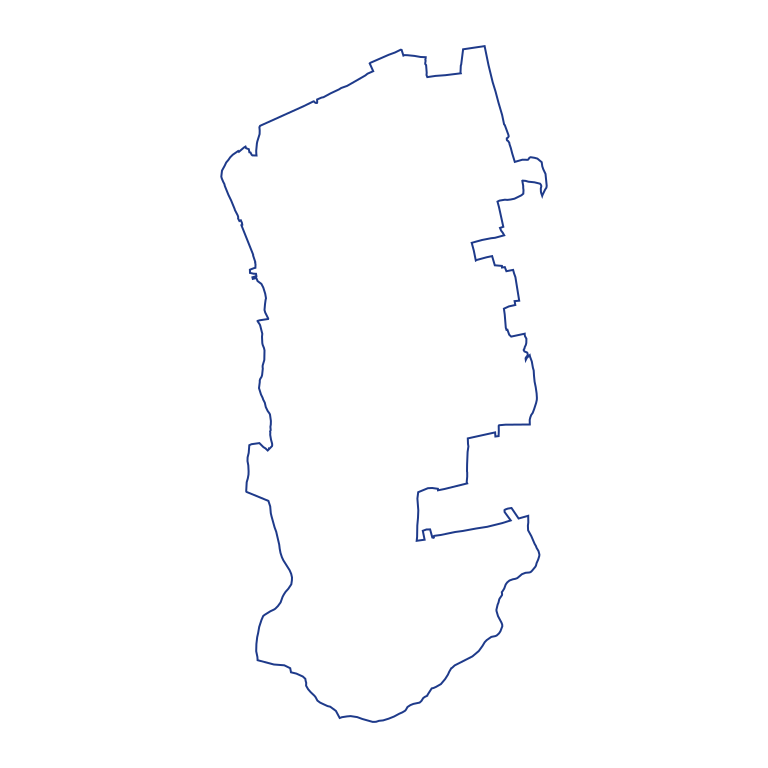 the district of Braesti, Iasi, Romania
{"feature_id": "2599482B69543465685111", "entity_name": "Braesti", "entity_type": "district", "adm_level": 2, "iso_a3": "ROU", "parent_name": "Romania", "parent_adm1": "Iasi", "projection": "orthographic", "projection_center": [27.088, 47.145], "detail": "fine", "context": "isolated", "style": "outline", "palette": "blue", "viewbox_px": 768, "rotation_deg": 0, "n_neighbors": 0, "source": "geoboundaries", "source_scale": "gbopen_adm2", "svg_char_len": 6084}
<svg xmlns="http://www.w3.org/2000/svg" viewBox="0 0 768 768"><path d="M246.5,491.9L268.4,500.9L270.2,506.4L270.8,513.2L271.5,516.2L274.6,527.4L276.2,531.7L279.2,544.6L279.7,548.7L280.5,552.9L281.9,557.2L283.4,560.4L289.6,570.2L291.2,573.9L292.0,577.5L291.9,580.3L291.3,584.3L288.3,588.8L285.6,591.8L283.9,594.4L282.6,596.8L280.6,602.4L277.9,606.1L275.3,608.7L273.9,609.6L270.5,611.2L264.7,614.8L263.2,616.0L261.5,619.9L259.2,626.9L258.1,633.2L257.2,637.1L256.4,644.0L256.2,651.2L257.4,657.0L257.6,660.2L273.9,664.5L284.3,665.3L290.2,668.2L291.0,672.3L296.4,673.6L302.8,676.5L305.3,678.8L305.7,681.1L306.2,682.8L306.1,685.7L308.1,689.2L310.7,692.2L314.4,695.7L315.6,697.2L317.4,700.6L320.1,702.6L323.9,704.4L327.6,706.1L330.2,706.7L335.9,710.9L339.7,718.0L341.9,717.2L347.1,716.4L350.6,716.1L357.2,717.1L362.4,719.0L372.7,721.9L376.0,721.8L379.1,720.8L383.1,720.4L388.6,718.7L394.1,716.5L399.3,713.7L402.3,712.4L405.0,710.8L405.9,709.8L407.5,707.0L410.4,705.1L413.4,703.9L419.6,702.6L421.4,701.0L423.2,698.1L424.8,696.9L427.3,695.7L427.5,694.9L431.7,688.4L433.5,688.0L436.0,686.9L440.9,684.1L445.1,679.1L447.9,674.7L449.3,671.6L451.3,668.2L452.0,667.9L454.7,665.4L472.4,656.4L478.8,651.0L482.5,645.9L484.7,642.2L486.7,640.1L491.3,636.9L495.3,636.1L496.7,635.5L499.0,633.4L500.4,631.3L502.3,626.3L502.2,624.6L501.5,622.7L498.0,616.1L496.5,611.0L496.4,609.8L497.6,604.7L498.5,602.5L499.2,599.5L499.6,598.6L502.0,595.1L502.1,594.1L501.8,592.2L502.7,591.0L504.2,588.6L505.7,584.5L507.2,582.4L509.5,580.5L512.8,579.3L515.4,578.8L517.3,578.1L521.9,574.2L525.5,572.8L529.2,572.5L530.6,572.1L532.0,570.8L535.4,566.7L536.0,565.5L536.6,563.1L538.2,559.5L539.3,555.9L539.4,554.5L538.5,551.1L536.6,547.9L535.9,546.0L534.6,543.8L531.3,536.1L528.1,530.3L527.9,525.7L528.3,522.5L528.2,515.8L518.6,518.5L511.5,508.0L507.8,508.6L505.3,509.5L504.5,510.1L504.6,512.0L510.7,520.4L502.2,523.1L487.2,526.8L476.2,528.5L462.6,531.0L455.1,532.0L440.6,535.0L434.5,535.8L433.6,536.2L433.9,537.5L433.6,537.8L432.3,537.5L430.1,529.4L426.4,529.5L422.8,530.8L424.6,539.7L416.7,540.8L417.1,537.0L417.3,525.5L418.0,517.8L418.3,510.4L417.4,498.6L418.2,492.2L427.9,488.2L432.2,488.0L437.9,488.8L438.0,490.3L444.5,489.0L467.2,483.4L466.7,482.1L467.2,476.8L467.2,472.4L467.0,471.4L467.1,464.4L467.6,451.9L468.4,446.4L468.0,443.9L467.8,438.4L495.1,432.4L495.4,436.5L498.6,436.1L498.8,431.1L498.7,425.9L498.9,425.4L499.5,425.2L505.3,424.7L529.8,424.5L529.7,419.9L530.3,417.4L531.2,415.0L532.7,412.9L534.1,409.2L536.1,403.0L536.8,399.9L536.9,397.8L536.6,393.3L535.7,387.1L534.6,381.7L534.0,375.7L533.7,370.5L532.9,367.7L531.8,361.5L530.0,356.6L529.7,355.2L526.8,357.9L525.8,359.9L525.6,358.5L525.8,357.7L527.6,355.4L527.8,354.8L527.4,353.0L526.9,352.4L524.5,351.5L523.7,350.2L523.8,349.5L524.4,348.7L524.8,347.0L525.8,345.0L526.3,343.0L526.4,338.7L525.0,336.2L524.7,334.8L524.7,333.7L511.2,336.6L509.2,334.7L507.4,329.7L506.5,329.9L505.8,327.8L504.7,314.3L503.9,308.7L508.9,306.4L515.3,305.0L514.6,301.1L519.2,300.7L515.4,277.1L514.1,273.5L513.1,269.9L506.4,271.2L504.8,267.1L502.0,267.5L501.9,265.9L494.8,265.3L492.1,256.1L486.5,257.3L476.6,260.0L475.8,260.5L473.8,250.6L471.7,242.8L482.0,240.0L491.2,238.2L495.0,237.8L504.2,235.3L502.8,232.8L501.1,230.6L500.0,227.9L503.3,226.8L499.0,207.2L497.5,201.6L499.5,200.6L504.9,199.7L507.4,199.9L510.7,199.5L514.5,198.7L521.4,195.3L523.3,193.7L523.5,190.1L523.2,188.0L523.2,185.9L522.3,180.8L522.6,180.6L525.7,180.9L528.4,181.7L534.4,182.3L540.1,183.7L540.9,184.8L541.2,185.6L541.3,186.4L540.8,188.5L540.9,191.4L541.1,192.7L542.2,195.9L542.5,195.0L545.1,189.6L546.4,187.7L546.7,185.8L545.5,173.9L543.3,169.3L542.3,166.4L541.7,162.2L537.4,158.6L534.5,157.8L530.7,157.2L529.5,157.7L528.2,159.6L527.6,159.8L522.4,159.7L514.8,161.9L512.2,153.4L510.8,148.0L509.5,144.1L509.3,142.8L508.1,141.0L507.1,140.4L506.8,139.7L506.8,138.3L507.9,137.6L508.4,136.9L508.7,136.2L508.3,134.6L504.8,125.1L504.1,124.4L502.1,114.9L498.5,102.7L495.5,91.4L492.7,82.3L488.5,65.1L484.6,46.1L463.1,49.3L461.2,64.5L460.8,65.6L460.5,72.4L460.8,73.3L445.3,75.2L435.6,75.9L427.3,77.1L426.5,75.0L426.7,72.8L426.1,65.1L425.3,64.1L425.2,63.2L425.6,60.8L425.3,59.7L425.6,58.7L425.7,57.2L420.7,57.0L414.4,55.9L407.3,55.2L404.5,55.1L403.4,55.6L401.6,49.9L400.7,49.7L395.0,52.5L388.7,54.8L370.4,62.8L369.7,63.4L373.2,71.2L367.5,73.7L365.4,75.4L363.0,76.8L347.1,85.9L341.2,88.0L339.0,89.4L330.7,93.3L323.5,97.2L321.5,97.6L317.1,99.5L317.2,102.3L317.0,102.9L316.0,103.0L314.8,102.4L313.8,101.3L313.2,101.5L303.8,106.1L260.1,125.8L259.4,127.2L259.7,130.6L259.6,134.1L257.3,141.5L256.9,143.5L256.2,150.8L256.3,153.6L256.5,155.5L252.4,155.4L251.6,154.7L250.5,152.5L249.4,152.3L248.8,149.2L246.1,148.2L245.5,146.6L244.0,147.5L238.9,151.8L238.2,151.0L232.8,154.7L230.2,157.3L228.4,159.9L226.2,162.5L224.7,165.7L222.0,170.6L221.3,176.6L221.8,178.5L223.2,181.8L224.4,184.1L224.8,185.9L228.4,194.8L231.1,200.4L234.6,208.9L234.9,210.0L237.7,215.4L238.2,217.0L238.1,218.5L239.4,221.0L240.8,220.3L241.9,222.7L242.3,224.8L241.4,225.2L252.6,253.3L253.2,254.9L253.1,255.5L255.3,262.1L255.1,262.4L255.5,264.4L255.4,267.8L253.8,268.2L249.9,269.7L250.0,272.9L253.5,273.7L256.0,273.8L256.4,276.1L252.4,277.3L252.8,278.9L256.3,278.0L257.6,281.1L261.4,283.9L263.3,287.6L265.2,293.7L266.0,298.3L265.6,299.8L265.0,304.3L264.5,310.0L265.2,312.5L268.2,318.5L268.1,319.0L259.6,320.3L257.6,320.9L257.6,321.3L259.6,324.2L260.1,325.2L262.3,333.8L262.0,336.7L262.3,343.1L262.7,344.9L264.0,348.1L264.5,350.4L264.3,360.0L262.7,365.4L262.6,367.0L262.8,368.6L262.1,375.0L261.6,376.7L260.2,379.0L259.8,380.3L259.7,381.0L259.8,381.8L259.0,388.1L261.0,394.5L262.6,397.8L263.2,399.6L264.8,402.7L265.8,407.1L267.7,411.0L269.5,413.5L270.0,414.6L270.9,421.0L270.8,424.5L270.4,426.8L270.7,430.1L270.1,431.4L270.3,432.4L270.2,434.9L271.0,439.6L272.1,443.6L272.2,445.2L272.0,446.1L269.8,448.4L269.0,448.4L269.0,449.2L267.7,450.5L265.5,448.4L263.4,447.1L259.4,443.1L251.5,444.2L249.3,445.2L248.7,452.9L247.6,457.4L247.5,461.1L248.3,465.4L248.6,471.4L248.5,474.6L247.8,478.4L246.7,482.2L246.2,491.2L246.5,491.9Z" fill="none" stroke="#1e3a8a" stroke-width="2"/></svg>